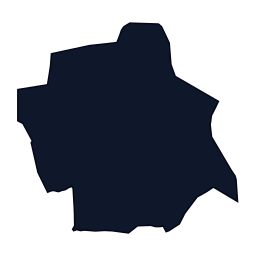 outline of Gumel, Jigawa, Nigeria, rotated 271°
{"feature_id": "59680162B20002653395444", "entity_name": "Gumel", "entity_type": "district", "adm_level": 2, "iso_a3": "NGA", "parent_name": "Nigeria", "parent_adm1": "Jigawa", "projection": "natural_earth1", "projection_center": [9.385, 12.623], "detail": "fine", "context": "isolated", "style": "filled", "palette": "ink", "viewbox_px": 256, "rotation_deg": 271, "n_neighbors": 0, "source": "geoboundaries", "source_scale": "gbopen_adm2", "svg_char_len": 1064}
<svg xmlns="http://www.w3.org/2000/svg" viewBox="0 0 256 256"><g transform="rotate(271 128 128)"><path d="M206.6,168.4L213.8,167.7L229.8,159.8L232.5,156.6L232.9,128.1L230.6,124.3L229.0,122.0L227.1,120.7L225.4,119.7L221.3,118.4L216.8,116.8L213.2,115.3L211.9,105.5L209.7,88.1L206.1,72.6L200.9,50.2L189.1,49.5L180.1,48.3L169.8,46.8L164.5,17.2L133.3,17.7L130.7,22.9L122.7,27.4L113.3,32.7L111.7,31.5L81.9,38.8L62.4,48.8L63.7,51.8L64.2,54.1L64.0,56.1L63.5,57.6L63.2,59.8L64.0,61.8L64.6,63.4L65.0,65.5L65.6,66.9L66.8,68.8L67.8,70.2L68.0,71.7L69.2,72.8L66.5,74.2L47.9,75.6L41.0,76.0L29.3,76.4L25.8,74.4L25.3,74.9L24.4,75.4L24.8,76.8L25.4,78.1L25.6,78.7L25.2,79.7L24.9,81.1L24.6,82.2L25.2,86.0L24.5,97.1L25.2,106.2L25.0,113.8L23.1,130.3L30.4,139.2L31.1,152.4L29.9,157.3L30.0,161.5L30.5,165.0L25.0,167.9L26.0,170.6L33.0,181.0L43.7,186.2L60.3,198.3L65.6,207.4L70.4,214.4L56.4,238.8L78.6,236.9L82.0,235.8L87.6,231.9L120.5,211.7L132.6,210.1L142.0,211.2L150.4,215.3L156.2,217.9L180.4,174.3L192.2,169.8L206.6,168.4Z" fill="#0f172a" stroke="#020617" stroke-width="1.5"/></g></svg>